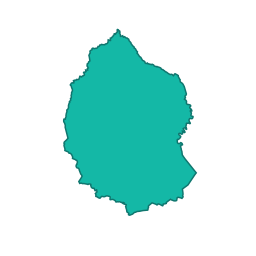 the district of Krong Pa, Gia Lai, Vietnam, rotated 327°
{"feature_id": "81297802B51008955299030", "entity_name": "Krong Pa", "entity_type": "district", "adm_level": 2, "iso_a3": "VNM", "parent_name": "Vietnam", "parent_adm1": "Gia Lai", "projection": "robinson", "projection_center": [108.704, 13.235], "detail": "fine", "context": "isolated", "style": "filled", "palette": "teal", "viewbox_px": 256, "rotation_deg": 327, "n_neighbors": 0, "source": "geoboundaries", "source_scale": "gbopen_adm2", "svg_char_len": 5777}
<svg xmlns="http://www.w3.org/2000/svg" viewBox="0 0 256 256"><g transform="rotate(327 128 128)"><path d="M57.3,148.2L58.6,148.6L59.7,150.0L60.8,150.6L63.6,153.3L63.7,153.6L64.8,153.6L66.1,154.9L66.0,155.3L65.5,155.8L65.3,156.7L65.0,157.3L65.2,158.7L65.4,159.1L66.7,160.1L66.3,162.1L66.3,162.7L67.2,163.1L67.5,163.0L67.9,162.7L68.0,162.8L67.2,164.7L64.9,165.2L64.8,166.5L63.8,167.7L63.9,168.1L64.6,168.8L65.2,170.4L66.0,171.4L66.4,171.6L68.1,171.1L68.9,171.1L70.3,172.5L71.1,172.9L72.9,173.2L73.7,173.7L75.2,175.3L75.5,175.8L75.3,176.5L74.2,177.8L74.0,178.2L74.1,178.5L76.1,179.4L76.7,180.0L77.7,181.9L77.8,182.3L77.5,183.0L77.7,183.6L78.9,184.0L79.4,184.6L80.3,184.9L80.9,185.4L81.5,186.3L82.0,186.8L82.6,188.3L82.9,187.8L83.3,187.7L84.0,188.5L83.5,189.9L84.6,191.1L84.7,191.4L83.8,192.3L83.2,192.6L83.0,193.6L82.6,194.5L82.4,195.5L81.4,197.8L82.2,199.9L82.0,200.3L81.3,200.8L81.2,201.1L82.0,202.1L85.0,202.7L87.4,202.3L88.6,202.8L90.0,202.9L92.3,204.1L95.6,205.4L99.8,207.6L100.1,207.5L101.1,206.3L102.1,205.6L102.4,204.8L102.9,204.4L107.4,203.9L109.8,207.0L110.4,208.3L111.1,208.4L111.9,208.0L112.2,208.2L113.1,209.4L114.4,211.8L114.7,212.1L115.0,212.1L116.2,211.0L117.6,211.7L119.0,212.1L119.3,211.5L119.6,211.3L124.8,210.9L125.2,211.9L125.9,212.7L126.5,213.7L127.5,214.6L128.4,215.1L129.3,215.3L131.2,213.3L132.1,213.3L132.3,213.4L134.1,215.2L134.9,216.4L136.2,216.0L136.7,215.7L136.9,215.2L136.9,214.5L138.0,213.6L138.7,212.4L140.4,208.8L147.3,208.4L159.0,203.4L160.8,202.8L159.0,184.8L158.9,182.4L158.9,180.1L160.5,176.8L160.7,175.6L161.2,174.7L162.0,172.0L162.1,171.8L162.5,171.9L163.2,171.1L164.0,171.7L164.6,171.7L164.9,170.6L164.8,169.8L164.3,169.0L162.7,169.1L161.7,168.4L161.5,167.4L161.7,166.6L162.5,165.4L162.6,164.9L163.3,164.5L164.0,165.0L164.8,165.0L166.6,164.6L167.5,164.0L167.6,163.5L167.0,161.2L167.4,160.5L168.0,160.4L168.5,160.6L169.0,161.1L169.4,162.2L169.9,162.5L170.5,162.6L170.8,162.3L171.9,160.3L172.3,160.9L172.6,162.3L172.9,162.6L173.4,162.6L173.7,162.1L173.9,160.0L173.8,158.9L174.0,158.5L176.1,158.8L176.2,159.2L175.9,160.3L176.2,160.9L176.5,160.9L176.8,160.3L177.4,158.2L177.8,157.6L178.4,157.4L179.3,156.1L179.9,156.0L180.8,156.7L181.6,156.8L182.2,158.0L182.6,158.1L182.8,158.0L182.9,157.7L183.0,156.2L183.3,154.8L183.8,154.2L184.8,153.7L185.6,154.0L186.0,154.6L187.1,155.1L187.8,154.8L188.7,154.0L188.7,153.5L187.6,152.5L187.6,151.7L188.1,151.1L188.8,150.7L189.3,149.9L189.4,149.4L189.3,148.1L189.7,147.5L190.0,147.3L190.5,148.4L190.8,148.5L190.9,148.4L191.2,147.3L191.1,146.0L190.8,145.0L190.8,144.6L191.2,144.1L192.5,143.8L192.8,143.2L192.6,142.4L191.6,141.3L190.8,140.7L190.5,140.2L190.4,139.4L190.6,138.7L191.3,138.1L191.7,137.2L191.6,135.9L191.0,134.6L191.5,134.2L192.6,134.0L192.8,133.6L192.8,132.9L193.3,132.2L194.4,132.1L195.5,131.3L197.7,124.0L197.9,122.2L198.0,121.0L197.7,119.5L197.0,118.0L197.6,116.3L198.1,115.7L197.9,115.3L198.2,112.1L198.7,111.4L198.1,110.0L197.0,108.1L196.0,108.2L194.8,108.9L194.5,108.9L194.1,107.1L193.4,106.4L192.5,106.2L191.4,104.1L190.7,102.0L190.0,101.3L189.8,100.0L189.2,98.8L189.1,98.1L188.0,96.9L188.2,95.8L187.8,94.9L186.7,93.4L186.0,92.8L185.8,92.2L185.3,92.2L185.1,91.8L183.8,90.4L183.8,89.0L182.9,87.6L182.0,87.6L181.2,86.4L180.8,86.3L180.4,85.5L179.7,85.2L179.7,84.1L178.3,83.8L177.8,82.7L178.2,81.6L178.0,80.8L177.0,79.1L177.2,76.1L177.2,75.6L176.6,74.4L176.6,71.3L176.3,70.3L177.4,69.3L177.2,68.4L177.2,66.7L177.4,66.2L177.2,65.1L176.7,64.3L177.2,63.6L177.2,63.0L176.7,61.7L176.6,59.3L176.5,58.9L176.9,58.0L176.5,55.6L176.5,55.0L176.9,54.2L176.9,53.6L176.4,53.0L176.3,52.1L175.5,51.6L174.9,49.6L173.8,49.5L173.8,48.7L173.4,48.4L173.7,47.7L171.9,47.3L171.6,47.1L172.5,45.4L172.5,43.8L173.1,43.7L173.6,42.9L173.2,42.4L173.3,42.2L173.7,41.9L173.4,41.6L173.4,40.5L173.2,40.1L172.8,39.6L172.6,39.6L171.8,40.7L171.5,41.6L168.9,42.1L168.6,42.5L168.2,42.3L168.1,41.7L167.9,41.6L167.8,42.2L166.3,42.3L165.0,43.1L163.8,43.1L163.1,43.5L162.2,43.0L161.5,43.9L161.2,44.9L161.0,45.1L160.5,44.8L159.4,43.3L158.8,44.0L158.0,45.2L156.6,45.8L155.2,45.5L154.8,45.2L153.9,45.5L152.0,44.2L151.6,43.6L151.1,43.4L150.4,43.6L149.8,43.1L149.4,43.1L148.5,43.8L147.8,43.7L147.2,43.3L146.8,43.7L145.5,44.1L145.0,44.0L144.5,43.8L144.1,43.4L143.0,43.1L142.6,42.7L142.3,42.1L141.8,41.8L141.3,41.8L141.1,41.8L140.5,42.7L138.8,42.6L138.0,42.8L137.5,43.6L137.2,44.5L136.0,45.0L134.8,45.8L134.3,47.2L132.6,51.0L131.0,51.1L130.5,51.6L129.8,52.0L128.6,52.1L128.0,53.1L127.4,53.6L127.5,54.5L127.4,56.0L126.3,56.0L125.7,57.4L124.1,56.3L124.0,56.7L123.7,57.0L123.5,57.8L122.5,57.8L121.6,57.2L121.1,57.2L120.8,57.5L121.0,57.9L120.9,58.6L120.6,59.4L120.2,59.9L119.3,59.7L118.7,59.9L118.3,59.6L116.9,59.9L116.7,59.7L116.5,59.0L115.8,58.4L115.4,58.7L114.7,59.4L113.2,60.4L112.3,60.1L111.5,59.3L110.4,59.6L109.9,59.1L108.5,58.6L107.9,58.7L108.0,59.8L107.5,60.0L107.0,60.6L106.2,59.9L105.5,59.9L105.1,59.5L103.1,60.4L103.0,60.8L103.3,61.7L102.6,63.8L102.6,64.8L101.8,66.3L101.5,66.7L100.0,67.5L99.1,68.9L98.1,69.6L97.4,71.1L96.7,71.9L95.9,71.9L95.1,73.5L94.9,73.6L93.8,73.8L93.2,74.0L93.0,74.9L92.3,75.0L90.4,76.6L89.7,77.7L89.4,78.0L89.2,78.6L87.6,79.5L86.8,79.5L86.4,79.7L85.8,80.9L84.2,82.2L82.8,83.7L82.3,84.7L80.8,85.7L80.3,86.4L79.9,86.0L79.5,86.0L79.0,85.7L77.9,87.0L77.5,87.9L77.5,89.1L77.1,90.8L76.8,91.7L75.7,93.2L72.1,103.9L70.1,104.5L66.9,105.1L66.0,105.9L65.9,106.3L66.1,106.9L65.1,107.4L64.7,108.0L63.7,111.3L62.8,112.5L63.9,114.2L64.7,115.2L64.9,116.4L64.8,117.0L65.7,117.7L66.0,118.1L66.2,119.8L66.0,121.2L65.7,122.4L64.9,123.3L65.3,124.0L66.5,125.6L66.8,126.5L67.4,127.3L67.2,128.7L66.9,129.2L65.7,130.1L65.6,130.5L64.3,130.9L63.5,132.1L63.4,133.3L63.6,133.7L64.4,134.6L64.6,136.2L64.2,136.7L63.3,140.9L63.5,141.8L63.3,143.4L61.1,144.6L57.6,146.1L57.3,148.2Z" fill="#14b8a6" stroke="#0f766e" stroke-width="1.5"/></g></svg>